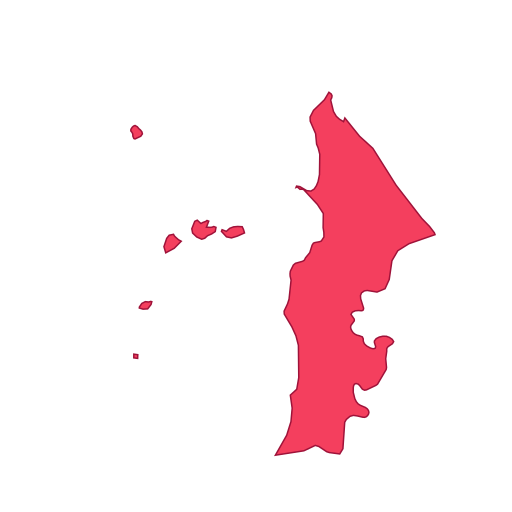 Messina, Equal Earth projection, rotated 291°
{"feature_id": "ITA-5411", "entity_name": "Messina", "entity_type": "Province", "adm_level": 1, "iso_a3": "ITA", "parent_name": "Italy", "parent_adm1": "", "projection": "equal_earth", "projection_center": [14.885, 38.306], "detail": "fine", "context": "isolated", "style": "filled", "palette": "rose", "viewbox_px": 512, "rotation_deg": 291, "n_neighbors": 0, "source": "natural_earth", "source_scale": "10m", "svg_char_len": 3100}
<svg xmlns="http://www.w3.org/2000/svg" viewBox="0 0 512 512"><g transform="rotate(291 256 256)"><path d="M77.0,345.5L99.7,348.9L113.9,348.0L126.9,344.3L138.4,337.9L146.2,341.8L157.8,339.5L187.8,327.6L195.8,321.9L202.7,314.9L211.9,303.2L214.6,302.0L222.6,302.6L227.6,302.3L246.0,297.4L249.4,295.1L251.7,294.1L254.1,293.5L260.9,294.1L263.3,295.4L267.7,301.3L269.3,302.6L272.2,302.9L278.4,305.0L286.2,304.5L288.6,305.0L289.6,306.1L292.1,310.2L293.4,311.6L298.1,312.6L302.3,310.9L306.5,308.5L319.8,303.6L326.1,294.9L335.2,276.4L334.4,273.9L334.0,273.2L334.3,272.4L335.2,269.8L334.3,268.8L335.8,268.8L336.5,272.1L335.2,279.9L336.3,284.0L339.3,286.3L343.3,287.2L347.6,287.3L354.7,286.1L373.8,279.1L379.2,275.3L382.1,272.5L391.6,267.8L401.3,258.3L405.1,256.7L412.6,257.5L426.4,263.9L435.0,265.4L434.2,268.2L432.8,269.6L430.9,270.0L428.4,269.8L418.6,276.6L415.2,280.9L413.6,285.0L412.8,289.6L416.7,289.5L404.9,309.8L398.4,326.5L372.3,361.4L350.5,397.3L345.8,407.4L341.6,414.2L340.1,415.5L322.3,394.4L311.8,386.5L300.3,384.6L281.8,388.8L271.7,388.2L265.7,381.9L263.7,372.2L262.3,369.7L259.4,367.7L256.5,367.7L253.5,369.1L245.8,375.2L244.1,375.5L243.2,374.9L242.6,373.9L241.9,371.4L240.4,368.3L238.0,366.0L235.5,365.6L232.2,370.4L230.7,371.0L225.2,369.5L223.5,369.8L221.9,370.8L220.5,372.3L219.2,374.2L218.5,376.3L218.3,378.5L218.6,380.9L218.6,384.3L217.1,385.8L214.9,386.7L212.9,388.6L212.2,390.2L211.6,391.9L211.1,395.6L211.2,397.6L211.7,399.3L212.7,400.4L214.3,400.2L217.7,397.5L219.1,397.0L221.9,397.8L224.5,400.1L226.6,403.2L227.8,406.6L227.8,409.8L227.0,413.1L225.4,415.2L223.0,414.8L218.6,411.7L216.4,411.2L213.9,412.2L206.6,413.9L198.7,417.8L196.7,418.2L179.9,415.4L178.2,414.3L170.6,407.1L169.6,405.4L169.8,403.0L172.1,399.4L173.0,397.4L172.8,395.1L171.6,393.8L169.8,393.6L167.9,394.0L163.5,395.7L158.2,399.4L155.9,401.9L154.5,404.4L154.0,406.8L153.8,412.4L153.2,414.6L152.1,416.3L150.6,417.4L148.9,417.7L147.1,417.4L145.5,416.6L144.3,415.2L143.7,413.1L143.0,407.9L142.1,404.0L140.0,401.2L135.8,398.9L132.6,398.4L107.2,406.2L101.2,405.1L98.8,395.0L98.6,392.2L100.7,382.9L100.4,379.2L91.3,370.5L77.0,345.5ZM254.2,201.8L252.2,199.3L252.5,193.9L254.7,188.6L258.4,186.3L266.4,186.4L268.4,188.3L266.6,192.9L268.2,194.3L270.3,196.7L271.6,197.5L271.6,199.4L265.1,199.4L266.4,203.2L267.2,204.7L268.4,206.0L268.4,208.4L264.2,209.2L260.7,206.7L257.6,203.5L254.2,201.8ZM243.4,177.8L243.0,180.9L233.9,176.9L226.6,170.6L231.7,166.7L240.5,166.3L244.3,167.5L246.7,171.2L245.5,172.6L244.8,174.1L243.4,177.8ZM268.4,214.9L268.4,219.5L272.4,221.5L275.1,224.5L277.0,228.3L278.4,232.6L276.3,234.8L273.4,237.0L267.8,231.4L264.1,226.6L263.3,221.6L266.6,214.9L268.4,214.9ZM331.8,94.3L333.4,95.1L334.5,96.3L334.1,98.9L332.9,101.0L332.2,103.0L331.0,105.0L329.3,106.2L326.5,105.5L321.9,101.1L321.9,99.9L323.6,98.2L325.9,97.1L327.1,95.7L327.9,94.3L329.5,93.8L331.8,94.3ZM173.7,169.0L174.6,172.3L175.9,174.0L176.0,175.1L173.1,175.4L167.8,173.8L165.9,169.6L165.6,165.7L166.5,165.4L170.8,166.4L173.7,169.0ZM118.0,182.2L117.1,178.4L120.6,177.1L121.5,181.0L118.0,182.2Z" fill="#f43f5e" stroke="#9f1239" stroke-width="1.5"/></g></svg>